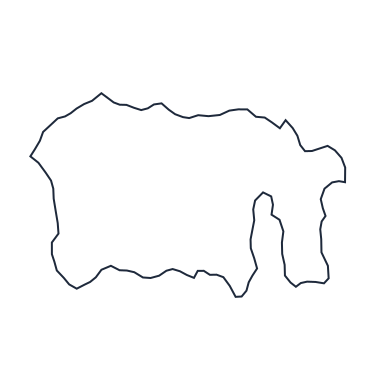 the district of Passabém, Minas Gerais, Brazil, rotated 172°
{"feature_id": "56859067B62293805835790", "entity_name": "Passabém", "entity_type": "district", "adm_level": 2, "iso_a3": "BRA", "parent_name": "Brazil", "parent_adm1": "Minas Gerais", "projection": "equal_earth", "projection_center": [-43.184, -19.36], "detail": "fine", "context": "isolated", "style": "outline", "palette": "slate", "viewbox_px": 384, "rotation_deg": 172, "n_neighbors": 0, "source": "geoboundaries", "source_scale": "gbopen_adm2", "svg_char_len": 1636}
<svg xmlns="http://www.w3.org/2000/svg" viewBox="0 0 384 384"><g transform="rotate(172 192 192)"><path d="M274.6,124.6L267.4,123.3L260.3,120.6L252.5,114.2L245.0,112.6L236.2,113.7L228.3,117.6L221.9,118.4L215.0,115.2L208.6,110.5L202.0,106.7L197.3,113.1L191.3,112.3L185.8,107.5L179.2,106.7L172.8,103.3L167.7,93.8L163.4,82.1L157.4,81.6L151.8,86.7L148.4,94.7L143.8,100.8L138.2,107.2L139.6,117.6L141.6,128.1L140.6,136.9L137.6,145.7L134.3,155.3L133.8,166.2L130.7,174.8L121.7,181.7L114.2,176.6L113.6,168.1L116.4,158.5L109.2,152.3L107.0,140.3L110.0,129.4L111.3,118.1L110.4,107.0L111.6,96.3L107.0,88.6L102.3,83.7L96.9,86.7L90.5,87.2L82.1,85.7L74.0,83.2L68.7,87.5L67.7,100.0L72.2,114.2L70.6,127.2L70.2,137.2L67.7,144.8L63.1,149.7L64.7,157.7L65.5,167.0L60.3,176.9L51.9,182.0L45.0,182.3L39.1,180.4L36.9,194.9L39.2,205.0L44.7,213.4L51.3,218.8L60.3,217.2L67.5,215.9L74.4,216.7L78.3,223.4L79.8,233.0L83.4,241.3L89.3,250.1L96.1,242.9L103.5,250.1L109.6,255.6L118.2,257.6L125.7,266.1L134.7,267.4L143.7,267.4L153.7,264.4L165.1,264.8L175.2,267.2L184.5,265.6L190.5,267.4L197.9,271.4L203.6,276.8L209.8,284.0L217.5,284.0L224.1,281.0L230.9,280.2L237.8,283.5L244.8,287.4L251.4,288.5L257.1,291.6L261.7,296.2L268.0,302.4L278.3,296.2L286.6,294.1L294.7,290.7L301.2,286.9L307.2,284.5L314.7,283.6L323.3,277.6L331.1,272.2L335.5,263.9L341.8,256.0L347.1,249.8L340.0,242.3L334.3,231.7L330.0,222.9L328.9,214.6L329.9,204.6L329.6,191.1L329.3,179.9L330.0,169.4L337.8,161.5L339.4,149.9L338.0,142.2L336.8,133.1L330.9,124.8L326.5,117.6L319.6,112.3L311.3,115.2L305.4,117.1L299.1,120.9L292.5,127.6L282.6,130.2L274.6,124.6Z" fill="none" stroke="#1e293b" stroke-width="2"/></g></svg>